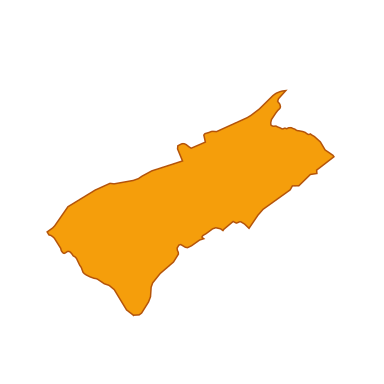 the Province of Mount Lebanon, rotated 212°
{"feature_id": "LBN-3025", "entity_name": "Mount Lebanon", "entity_type": "Province", "adm_level": 1, "iso_a3": "LBN", "parent_name": "Lebanon", "parent_adm1": "", "projection": "robinson", "projection_center": [35.671, 33.864], "detail": "fine", "context": "isolated", "style": "filled", "palette": "amber", "viewbox_px": 384, "rotation_deg": 212, "n_neighbors": 0, "source": "natural_earth", "source_scale": "10m", "svg_char_len": 2221}
<svg xmlns="http://www.w3.org/2000/svg" viewBox="0 0 384 384"><g transform="rotate(212 192 192)"><path d="M145.3,175.7L148.3,175.9L152.9,174.3L155.0,171.7L158.0,164.1L159.7,160.9L159.8,159.3L159.3,158.8L157.3,158.6L160.1,155.3L163.9,146.2L166.3,142.4L168.4,141.6L173.7,141.5L175.0,140.0L174.9,136.5L173.4,134.7L171.7,133.6L170.6,132.1L170.6,122.8L175.8,106.0L177.2,94.1L176.2,89.6L171.7,81.2L170.6,75.7L170.6,62.6L171.7,59.8L176.2,56.6L176.3,56.3L176.7,56.5L185.0,57.3L206.2,68.0L212.1,68.8L213.2,68.8L217.8,67.7L225.7,68.0L227.2,67.8L229.4,66.9L233.5,66.0L237.7,65.6L240.1,65.7L241.9,66.2L245.9,69.3L248.4,70.4L254.7,74.4L256.6,75.0L258.9,74.9L260.9,75.8L263.2,76.5L264.1,76.5L265.0,76.3L265.7,75.9L266.3,75.2L267.1,73.3L267.9,72.2L268.7,72.0L269.6,72.1L271.2,72.7L271.8,73.0L273.6,74.7L284.3,79.9L286.5,80.3L288.6,80.4L290.6,79.8L293.7,81.4L291.1,87.7L290.5,90.5L289.4,113.8L275.1,142.4L266.1,155.9L262.4,157.6L247.9,170.7L244.4,175.1L244.1,176.0L242.7,179.1L237.3,188.6L216.5,213.3L227.1,220.9L228.5,223.7L226.4,227.2L225.7,227.9L224.8,228.5L223.8,228.9L222.9,229.0L222.0,229.1L218.3,228.7L215.9,228.7L207.1,241.4L212.1,246.5L212.1,247.3L211.9,248.4L209.3,251.3L207.6,253.6L206.4,254.5L203.2,256.2L184.7,284.1L182.6,288.2L178.9,298.0L174.5,316.5L173.6,318.9L172.8,320.6L170.4,323.9L169.0,325.4L166.2,327.7L168.1,316.9L167.8,315.8L167.5,314.4L166.3,313.8L164.7,313.3L163.7,312.7L162.2,311.2L161.8,310.0L161.9,308.9L162.5,306.5L162.8,303.3L163.0,295.6L162.0,292.6L160.7,290.7L159.3,290.5L158.2,290.7L157.2,291.3L156.4,292.0L155.7,292.4L154.9,292.5L154.1,292.5L151.2,293.1L149.7,293.2L149.0,293.3L148.4,293.7L148.0,294.1L147.7,294.7L147.3,295.2L146.7,295.5L145.3,295.8L144.9,296.3L144.3,297.4L143.8,297.9L142.3,298.9L141.6,299.2L140.2,299.3L138.1,299.8L136.3,299.7L135.5,299.8L134.3,300.3L133.7,300.6L130.0,302.0L127.7,302.5L124.5,302.3L123.7,302.5L123.2,302.9L122.8,303.4L122.3,304.0L121.1,303.8L117.5,303.9L109.7,302.5L101.4,298.2L91.9,297.8L90.3,297.1L97.9,276.6L95.9,273.9L100.9,269.6L104.7,253.9L110.1,250.4L109.9,245.8L122.6,214.9L123.8,207.3L124.4,191.4L130.5,192.7L134.8,192.6L135.9,191.9L137.1,190.1L138.0,189.1L141.5,188.8L145.2,177.4L145.3,175.7Z" fill="#f59e0b" stroke="#b45309" stroke-width="1.5"/></g></svg>